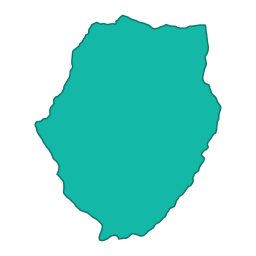 Denchhukha, Samchi, Bhutan
{"feature_id": "84629894B1832791956678", "entity_name": "Denchhukha", "entity_type": "district", "adm_level": 2, "iso_a3": "BTN", "parent_name": "Bhutan", "parent_adm1": "Samchi", "projection": "mercator", "projection_center": [89.277, 27.026], "detail": "fine", "context": "isolated", "style": "filled", "palette": "teal", "viewbox_px": 256, "rotation_deg": 0, "n_neighbors": 0, "source": "geoboundaries", "source_scale": "gbopen_adm2", "svg_char_len": 5717}
<svg xmlns="http://www.w3.org/2000/svg" viewBox="0 0 256 256"><path d="M205.1,25.1L199.3,25.1L196.4,25.6L194.2,25.9L192.8,26.1L192.0,26.2L191.3,26.2L190.5,26.2L190.0,26.1L189.3,26.4L188.6,26.7L188.0,27.1L187.4,27.5L186.7,27.8L185.2,28.2L184.5,28.4L183.8,28.3L183.1,28.2L182.3,28.1L180.8,28.2L179.4,27.9L177.9,27.8L177.2,27.6L176.6,27.2L176.0,26.7L175.3,26.4L174.6,26.3L173.1,26.2L171.6,26.1L170.9,26.2L170.2,26.0L169.5,25.7L168.8,25.5L168.1,25.3L166.8,24.9L166.1,24.6L165.4,24.8L165.0,25.4L164.5,25.9L163.7,26.0L162.3,26.3L161.6,26.5L160.9,26.8L157.6,28.3L156.9,28.5L155.4,28.7L154.7,28.7L153.9,28.6L153.2,28.5L152.5,28.2L151.9,27.8L150.8,26.9L149.3,25.5L148.6,25.1L148.0,24.8L147.1,24.5L146.4,24.3L145.7,24.1L145.0,23.7L144.4,23.4L143.7,23.2L140.0,22.5L139.3,22.3L138.6,22.0L137.5,21.3L136.2,20.7L135.6,20.5L133.5,19.9L132.8,19.7L131.4,19.2L130.7,18.9L130.1,18.5L128.2,17.3L127.5,17.0L126.1,16.6L124.0,15.9L123.3,15.7L122.6,15.4L121.4,16.3L120.8,16.7L119.2,18.3L118.7,18.8L118.3,19.4L118.0,20.1L117.4,20.5L116.7,20.8L116.1,21.2L115.9,21.9L116.1,22.7L116.3,23.4L115.8,23.9L115.1,24.1L114.4,24.0L113.6,23.8L112.9,23.8L112.2,23.8L109.2,24.3L107.8,24.6L106.3,24.4L105.6,24.2L104.2,23.7L103.5,23.6L102.8,23.6L102.1,23.8L101.4,24.0L100.6,24.1L99.9,23.9L99.3,23.6L98.6,23.3L98.0,22.9L97.3,22.6L96.6,22.5L95.9,22.8L95.3,23.2L94.6,23.5L92.6,24.3L92.0,24.7L91.6,25.2L91.3,25.9L90.6,27.2L90.2,27.8L89.0,29.4L88.7,30.9L88.7,31.8L88.7,33.2L88.1,34.0L86.1,34.8L85.8,35.5L85.3,36.4L84.5,38.2L83.8,38.9L83.3,39.6L82.9,40.6L82.6,41.4L82.0,42.1L81.3,42.7L80.5,43.3L79.9,44.0L79.6,44.9L79.2,45.7L78.7,46.3L78.0,46.9L76.1,48.4L75.4,49.0L74.6,49.5L73.9,50.1L73.3,50.9L72.7,51.8L72.1,58.7L72.0,59.6L71.9,60.7L71.9,62.0L71.9,63.2L72.6,66.1L72.6,67.1L72.5,67.7L71.8,69.0L71.3,69.3L70.8,70.1L70.3,71.0L70.2,71.9L70.1,73.7L70.0,74.6L69.9,75.5L69.7,76.4L69.4,77.4L69.1,78.0L68.6,78.6L68.2,79.4L67.4,80.6L66.0,83.0L65.4,84.1L65.0,84.7L64.2,86.2L63.9,86.9L64.0,88.4L63.7,89.2L63.0,90.6L62.6,91.5L62.1,92.3L61.8,92.9L61.3,93.3L60.7,93.9L60.0,94.4L59.2,94.9L57.6,96.7L56.3,96.7L55.8,97.2L55.1,97.9L54.4,98.6L54.0,99.1L53.7,99.7L53.7,100.4L53.8,101.3L53.9,102.3L53.8,103.2L53.6,104.0L53.2,104.6L52.7,105.3L52.2,105.9L51.1,107.0L50.6,107.8L50.0,109.6L49.9,110.5L49.9,111.4L49.9,112.3L50.0,113.3L50.1,114.2L50.0,115.0L49.6,115.6L48.9,116.1L48.4,116.8L48.0,117.4L47.5,117.8L46.8,118.3L45.9,118.7L44.9,118.7L43.9,118.9L43.1,119.1L42.5,119.7L41.6,120.7L40.8,121.1L39.8,121.3L38.8,121.5L37.8,121.6L36.8,121.9L36.1,122.3L35.6,122.9L35.3,124.0L35.3,125.8L36.3,127.3L37.3,131.9L38.0,133.3L42.4,139.7L43.5,142.5L44.9,144.0L45.3,144.8L47.4,148.0L47.9,148.3L48.6,149.1L49.4,150.2L49.7,150.9L50.3,151.6L50.9,152.8L52.0,155.1L52.7,156.8L53.0,158.0L54.1,159.3L55.0,160.2L55.7,160.6L57.2,162.2L57.7,162.9L58.5,164.6L59.0,165.8L59.1,167.7L58.8,169.3L58.7,170.0L57.5,173.3L57.1,174.3L58.9,175.9L59.8,176.8L60.1,177.4L61.2,179.0L63.4,181.2L63.8,183.3L64.0,186.2L63.9,188.9L63.6,192.9L65.1,194.9L67.1,197.2L69.7,199.1L72.3,201.7L74.3,203.4L76.0,206.2L78.6,208.6L80.3,210.2L83.1,211.3L86.6,212.3L88.8,213.7L92.3,216.8L94.7,218.1L97.4,219.9L99.5,221.8L101.6,224.1L102.2,225.4L102.4,226.9L101.9,229.6L100.2,234.1L99.3,236.6L99.2,238.5L99.7,239.9L101.5,240.6L103.6,240.4L107.6,238.7L109.6,237.0L111.2,236.0L113.1,235.4L114.9,235.3L116.5,235.5L118.4,237.5L119.0,239.0L124.1,238.1L125.4,238.3L126.8,238.0L129.0,236.3L130.6,234.8L131.0,234.5L131.7,234.0L132.9,233.7L134.0,233.8L136.2,234.4L138.2,235.0L139.7,235.7L140.6,236.0L142.1,235.9L143.8,235.4L144.5,234.7L146.9,232.6L147.6,231.7L150.1,229.8L150.8,229.5L152.8,228.2L153.8,227.1L154.9,225.1L155.1,224.5L156.2,223.8L158.0,222.8L159.2,222.2L161.0,220.6L162.2,219.2L162.7,218.7L163.9,217.7L164.9,217.0L165.9,215.5L166.4,214.2L167.1,212.6L167.4,212.2L167.9,211.4L168.4,210.9L169.4,209.2L169.8,208.6L171.6,207.7L173.7,206.8L174.4,206.3L175.0,205.1L175.9,202.4L176.1,201.7L176.5,200.8L176.8,200.1L178.2,198.5L179.0,196.7L179.7,196.3L181.0,195.3L182.6,194.4L183.1,193.7L184.4,192.0L185.9,189.8L186.9,188.4L188.3,186.6L189.0,186.2L190.6,185.7L190.9,185.2L192.0,183.7L192.9,182.0L193.1,181.2L193.1,179.8L192.9,178.3L192.9,177.6L193.4,176.7L194.0,175.1L194.2,174.1L194.8,173.6L197.1,171.9L198.1,171.0L198.6,170.5L198.9,169.8L199.0,169.1L199.1,168.3L199.4,167.6L199.6,167.0L200.7,165.0L202.1,163.3L202.9,162.1L203.7,160.8L204.0,160.1L204.2,159.6L204.2,158.9L204.1,158.2L203.8,157.5L202.2,156.0L201.7,155.4L201.5,154.7L201.7,154.0L202.0,153.3L202.4,152.7L202.8,152.1L203.8,151.0L204.3,150.4L204.9,150.0L205.6,149.8L206.2,149.6L207.6,148.2L208.1,147.5L208.1,146.7L207.9,146.0L207.6,145.3L207.4,144.6L207.4,143.9L207.7,143.2L207.9,142.5L208.1,141.9L209.0,140.7L210.0,139.6L210.4,139.0L210.9,138.4L211.3,137.8L212.0,136.4L212.4,135.8L213.3,134.6L213.7,134.1L214.3,133.6L215.7,133.0L216.1,131.1L216.4,130.4L216.6,129.7L216.7,128.9L216.6,128.2L216.6,127.5L216.7,126.7L216.8,126.0L217.1,124.6L217.3,122.3L217.5,121.6L217.8,120.9L218.4,119.6L218.7,118.9L218.8,118.2L218.7,117.5L218.8,116.0L218.8,115.2L218.9,114.5L219.1,113.8L219.5,112.4L219.7,111.7L219.9,111.0L220.2,110.3L220.6,108.8L220.7,108.1L220.7,107.4L220.5,106.6L220.3,105.9L219.9,105.3L218.5,103.3L218.0,102.7L217.6,102.2L217.4,101.6L216.9,100.6L216.4,98.8L215.9,98.0L215.5,97.2L214.5,96.3L214.1,95.9L212.5,94.4L212.0,93.8L211.6,93.2L211.1,91.8L210.4,89.7L210.0,89.0L209.7,88.4L209.6,87.6L209.5,86.2L209.0,85.0L207.7,84.5L204.3,82.7L203.0,80.6L202.8,79.8L202.8,78.1L202.6,77.4L202.7,76.4L204.3,69.9L204.8,68.3L206.1,65.2L206.3,64.0L206.2,62.7L206.0,62.0L205.2,57.8L205.4,56.2L207.4,52.7L208.0,50.6L208.0,49.9L208.2,49.0L208.3,46.9L208.0,45.3L207.3,41.2L207.0,37.6L206.8,37.0L206.6,34.8L205.9,30.4L205.8,28.0L205.1,25.1Z" fill="#14b8a6" stroke="#0f766e" stroke-width="1.5"/></svg>